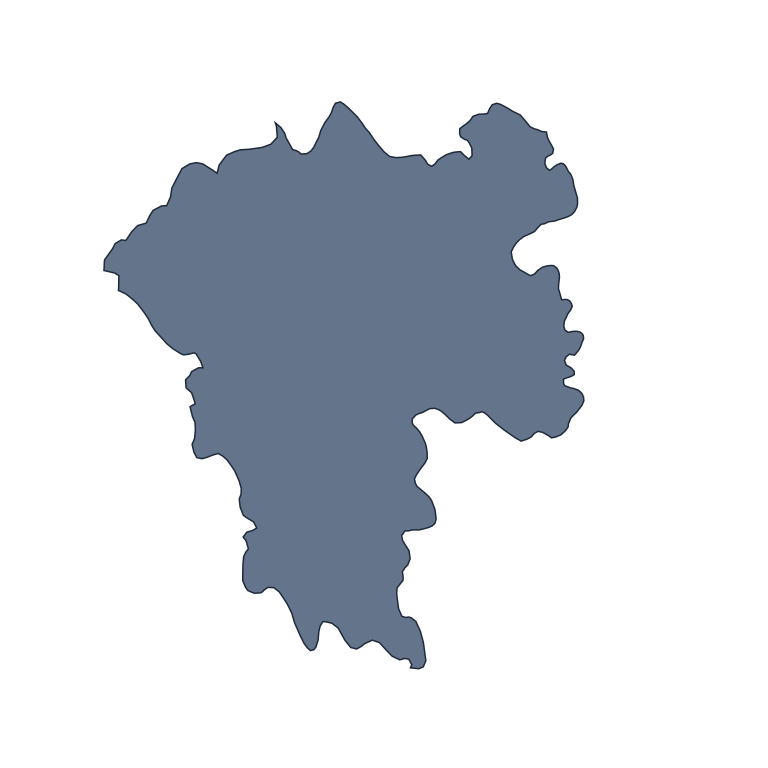 outline of Horki, Mogilev, Belarus, rotated 254°
{"feature_id": "67162791B10713618148259", "entity_name": "Horki", "entity_type": "district", "adm_level": 2, "iso_a3": "BLR", "parent_name": "Belarus", "parent_adm1": "Mogilev", "projection": "equal_earth", "projection_center": [30.973, 54.207], "detail": "fine", "context": "isolated", "style": "filled", "palette": "slate", "viewbox_px": 768, "rotation_deg": 254, "n_neighbors": 0, "source": "geoboundaries", "source_scale": "gbopen_adm2", "svg_char_len": 5259}
<svg xmlns="http://www.w3.org/2000/svg" viewBox="0 0 768 768"><g transform="rotate(254 384 384)"><path d="M665.0,351.5L661.1,351.6L650.6,349.4L645.7,341.4L645.0,332.0L646.8,319.0L648.7,310.6L648.6,304.8L647.4,295.8L640.0,286.0L632.6,281.6L637.5,277.6L645.5,270.5L648.5,264.7L649.1,258.0L646.7,249.1L639.3,242.0L630.7,234.0L622.7,230.4L615.3,224.2L616.5,219.3L614.6,210.0L610.3,205.1L604.2,199.8L604.2,190.9L599.9,183.4L593.1,175.4L594.9,171.4L593.1,164.3L588.8,160.3L580.8,150.1L579.5,149.2L570.3,146.1L564.8,155.9L561.2,159.0L549.5,155.4L547.1,154.5L545.8,156.1L541.3,161.1L534.4,165.9L528.9,169.2L519.0,173.1L511.9,175.4L504.5,176.8L498.6,178.5L492.3,181.6L482.5,186.4L476.2,190.7L469.1,197.0L467.2,199.5L466.4,204.6L466.4,209.7L464.8,211.7L456.2,214.0L449.5,214.4L450.7,210.0L448.9,202.4L445.8,199.8L442.7,194.4L434.8,192.7L428.6,196.7L418.8,197.1L417.0,197.1L415.7,191.3L405.3,190.9L399.2,191.8L391.8,190.0L383.8,186.9L378.9,182.9L370.9,182.5L364.8,183.8L362.3,188.7L362.3,193.6L362.9,200.2L362.9,205.5L359.2,209.1L354.3,212.2L347.0,214.9L341.4,216.6L331.0,218.0L323.0,218.0L317.5,216.2L313.2,213.1L305.2,211.8L296.6,212.6L293.5,214.9L287.4,220.6L280.6,222.0L279.4,217.1L279.4,211.3L275.7,206.4L271.4,208.2L262.9,208.2L262.3,207.4L260.4,204.7L256.7,201.5L250.0,198.9L241.4,196.2L234.0,194.0L226.7,194.9L223.0,196.2L218.7,201.5L217.4,206.9L217.4,209.1L219.3,212.6L220.5,216.2L218.6,222.0L213.1,226.0L205.1,228.6L199.0,230.4L189.1,232.2L179.3,232.2L165.8,234.0L156.6,235.7L151.7,237.5L148.0,239.8L147.9,243.3L149.8,246.0L155.9,250.0L163.9,253.1L168.8,255.8L172.5,259.8L170.6,264.2L168.2,268.2L162.0,272.7L148.5,275.8L139.9,279.4L136.8,284.7L138.0,289.6L139.8,294.1L141.0,302.1L136.7,308.3L126.9,313.2L120.1,316.8L114.5,323.1L114.5,328.0L112.7,332.0L106.5,333.3L103.9,331.2L100.7,339.0L101.3,343.8L106.6,348.0L118.5,349.7L124.7,350.6L136.0,350.8L146.9,349.2L151.8,345.7L153.3,343.2L153.5,340.6L155.9,337.1L163.8,336.1L172.5,337.3L179.3,338.5L184.5,340.4L188.1,345.5L190.0,348.1L193.2,349.2L198.5,349.9L201.5,353.4L203.6,357.0L208.9,361.0L216.8,362.1L224.5,359.8L228.8,358.7L233.5,359.2L236.9,363.5L236.0,367.8L236.0,370.8L234.1,377.5L233.8,382.6L233.8,387.2L234.3,391.3L236.2,394.7L240.2,397.0L248.5,398.3L251.1,398.3L259.0,397.6L263.3,396.1L267.5,393.6L270.5,391.6L273.7,389.4L276.7,387.4L279.9,386.8L284.4,387.1L287.6,390.0L291.6,394.7L294.4,398.4L297.0,401.8L300.6,405.1L307.0,406.7L312.5,407.4L316.2,407.3L323.6,406.3L328.1,405.1L332.0,403.4L336.4,400.9L339.0,400.4L342.4,401.4L345.4,406.0L346.0,409.8L346.0,412.9L346.9,417.2L347.7,421.0L346.7,425.9L345.0,428.6L342.2,431.5L337.5,434.6L332.4,437.4L327.0,441.5L325.5,448.0L326.4,452.9L327.6,457.4L329.1,460.8L330.8,463.8L330.2,468.0L330.4,470.3L329.1,472.2L325.7,474.8L320.6,477.6L315.5,480.4L306.3,487.1L296.2,495.3L291.3,500.1L291.5,506.0L292.4,510.7L295.1,514.9L296.0,519.0L294.0,522.9L289.6,527.4L286.1,530.2L285.7,534.0L286.3,539.9L288.2,543.8L289.7,546.5L290.5,547.3L292.1,549.2L294.9,550.3L299.6,554.0L301.7,557.4L303.8,561.5L308.9,568.4L312.8,571.5L316.4,572.2L320.1,571.7L324.1,569.5L327.5,565.0L328.6,562.6L332.7,557.1L335.2,556.8L339.1,557.9L339.5,560.4L339.7,565.9L340.6,569.5L343.8,570.3L347.8,568.4L352.1,564.3L357.0,564.0L360.0,566.7L361.5,570.4L359.2,575.1L362.6,580.2L365.2,582.8L369.4,585.8L372.4,588.3L375.4,588.9L377.3,588.6L379.7,587.0L381.6,583.8L382.5,580.0L382.9,575.3L386.1,572.8L390.2,572.8L394.9,574.8L397.4,577.3L400.6,579.8L403.8,583.9L406.8,586.4L410.0,586.3L412.8,585.3L414.7,583.3L415.2,582.0L416.0,578.0L422.4,578.0L427.8,578.0L431.8,579.4L438.0,582.0L441.5,582.8L444.2,582.8L447.5,582.2L450.9,579.8L451.9,577.3L452.6,573.3L452.6,568.6L450.7,562.9L448.3,559.2L447.7,554.8L450.0,552.3L453.4,549.0L456.2,546.2L461.5,543.1L468.2,541.8L475.9,542.7L479.7,546.0L482.7,549.6L485.3,553.9L487.2,558.9L487.8,563.2L488.5,567.9L489.1,570.8L492.1,575.3L494.3,579.2L493.8,582.0L494.5,587.0L493.6,593.2L493.9,598.3L493.9,602.9L494.3,607.9L495.1,611.2L497.1,614.6L500.9,618.2L504.1,619.8L509.3,621.2L516.8,621.2L522.5,621.2L528.5,621.9L533.9,621.4L537.7,619.8L543.7,618.6L546.3,617.0L547.5,614.8L547.1,611.0L546.0,607.4L544.5,604.6L543.9,601.8L547.3,599.7L551.8,599.4L556.7,601.6L558.0,604.8L558.2,607.0L559.3,609.8L563.1,611.7L566.8,611.0L571.5,609.8L576.0,609.1L581.4,609.6L583.3,605.1L586.1,601.8L587.8,598.9L591.0,595.3L596.6,593.0L600.3,591.3L605.0,589.2L607.5,586.4L610.5,583.0L614.4,579.5L617.6,576.3L621.0,572.7L622.8,569.6L622.6,565.0L619.4,561.3L615.5,558.1L616.0,554.2L617.2,549.5L616.8,543.4L613.6,539.4L611.5,535.3L610.4,531.9L608.5,527.2L603.8,525.7L600.6,525.8L596.8,529.0L595.5,531.2L592.3,532.4L586.5,533.4L579.2,531.6L576.7,527.6L582.2,523.8L586.3,521.6L586.9,518.7L587.6,514.2L587.2,506.8L585.9,502.2L584.4,497.6L581.4,493.5L580.1,489.8L583.2,486.6L587.8,485.4L594.1,482.4L596.0,473.6L596.5,467.4L597.1,463.0L598.4,457.7L601.2,452.1L607.0,448.1L615.4,444.3L622.4,441.5L629.9,439.1L635.3,436.5L640.2,435.0L648.1,432.0L653.5,429.0L658.7,426.1L661.0,424.6L664.2,422.5L667.2,419.8L667.3,414.8L663.8,411.3L659.4,408.3L655.9,404.8L651.4,399.0L645.2,393.2L639.0,389.2L635.6,385.9L631.2,382.0L628.2,378.2L626.7,373.5L627.8,367.8L630.7,365.9L632.5,364.0L634.6,360.8L647.7,357.7L652.2,357.7L659.1,355.5L665.0,351.5Z" fill="#64748b" stroke="#1e293b" stroke-width="1.5"/></g></svg>